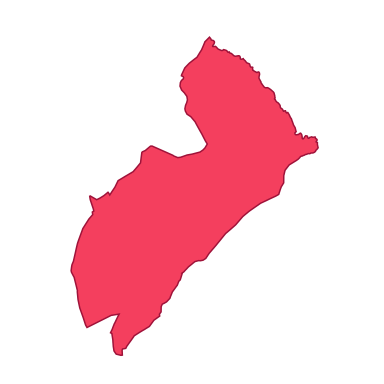 Mazhar, Raymah, Yemen (Albers equal-area conic projection), rotated 261°
{"feature_id": "15242507B74334805972717", "entity_name": "Mazhar", "entity_type": "district", "adm_level": 2, "iso_a3": "YEM", "parent_name": "Yemen", "parent_adm1": "Raymah", "projection": "albers", "projection_center": [43.787, 14.568], "detail": "fine", "context": "isolated", "style": "filled", "palette": "rose", "viewbox_px": 384, "rotation_deg": 261, "n_neighbors": 0, "source": "geoboundaries", "source_scale": "gbopen_adm2", "svg_char_len": 5973}
<svg xmlns="http://www.w3.org/2000/svg" viewBox="0 0 384 384"><g transform="rotate(261 192 192)"><path d="M342.2,233.5L338.3,228.2L338.2,228.2L334.9,226.2L331.1,223.8L330.9,223.7L328.8,221.8L327.6,220.8L324.3,218.0L323.1,215.7L319.7,209.6L318.3,207.7L317.6,206.8L317.1,206.1L315.8,204.5L315.7,204.3L310.3,200.7L309.2,200.0L308.5,199.7L308.4,199.7L307.4,201.3L306.2,201.6L305.0,201.0L304.6,200.1L303.4,198.7L301.8,197.6L298.4,196.7L295.2,197.5L294.5,197.6L291.5,199.7L290.9,200.1L290.0,200.5L287.3,201.9L283.7,201.9L281.0,200.7L278.6,199.2L275.3,198.0L275.2,198.0L272.9,198.1L271.6,198.6L269.7,199.2L269.6,199.3L266.6,202.6L261.6,205.6L261.0,206.0L258.9,206.7L255.0,208.1L250.9,209.6L247.7,210.8L241.0,213.0L240.4,213.2L237.0,214.6L233.5,211.7L231.7,209.3L230.2,206.1L229.5,199.1L229.4,198.1L229.3,192.7L229.2,192.4L228.1,186.2L228.2,183.3L230.4,179.7L231.3,178.8L243.6,159.8L243.8,158.2L243.7,158.0L240.3,152.4L239.4,149.2L238.8,148.6L228.8,145.7L225.7,142.2L224.9,141.3L222.1,138.0L221.3,137.1L217.9,128.5L215.7,123.1L214.8,120.8L208.9,116.7L205.0,113.1L201.9,110.3L204.3,109.4L204.9,109.0L202.2,104.4L200.5,100.4L199.3,96.7L204.0,90.9L203.8,90.3L200.3,90.3L190.7,91.9L188.5,92.0L187.8,90.4L185.2,90.4L183.6,88.5L181.4,85.9L173.0,78.5L161.3,72.0L159.2,70.9L155.6,69.4L149.5,67.0L148.5,66.6L148.0,66.4L142.5,64.2L142.2,64.1L139.8,62.6L138.7,62.0L137.0,61.4L133.2,60.3L131.6,60.4L129.5,61.1L126.8,62.0L125.8,62.4L125.5,62.3L117.4,63.0L112.4,63.4L111.5,63.1L103.5,62.6L95.1,63.0L85.0,64.9L77.3,66.1L74.6,67.1L82.8,92.9L82.8,99.9L82.8,100.9L81.0,99.6L79.3,98.4L74.5,95.1L73.8,94.5L72.5,93.8L71.9,93.4L68.7,91.6L65.7,89.5L64.8,90.7L61.6,90.7L58.4,90.7L55.5,90.4L55.2,90.4L51.7,90.1L51.4,90.1L50.4,90.1L47.2,90.1L45.7,90.8L44.0,91.6L43.7,91.8L41.8,96.3L41.8,97.7L46.6,98.2L47.8,98.8L47.9,102.1L50.0,103.6L50.7,104.4L51.2,104.8L54.3,107.9L54.8,108.4L55.6,109.2L58.5,112.0L59.0,112.4L61.5,118.1L62.9,121.5L63.8,123.9L64.4,125.2L65.0,126.7L65.9,128.9L69.9,132.9L70.3,133.3L71.3,134.3L74.5,140.7L76.4,140.7L78.4,142.7L83.5,143.6L85.9,145.1L86.5,147.2L87.2,149.0L87.4,149.6L89.4,152.2L90.4,153.5L92.3,154.5L93.7,155.4L94.4,155.8L96.1,156.8L96.3,156.9L101.6,162.2L102.1,162.8L105.9,165.0L107.0,166.6L109.4,167.8L112.5,169.3L113.4,169.8L113.5,169.6L113.6,169.8L114.3,171.3L115.1,172.3L116.2,173.6L116.4,174.0L118.4,176.5L118.8,177.1L120.8,180.6L122.0,182.6L122.8,184.0L123.2,187.7L122.8,189.6L122.9,192.2L124.2,195.2L127.3,198.0L128.8,199.4L135.6,207.4L137.6,209.6L139.9,212.2L144.5,217.3L145.8,218.8L146.8,220.5L149.9,225.5L151.8,228.5L152.4,229.4L152.6,229.8L154.2,231.7L159.8,238.3L161.2,240.6L164.1,245.5L164.3,245.9L166.3,250.0L170.1,257.8L170.5,259.1L172.3,265.3L173.1,267.9L174.8,273.9L175.9,276.9L176.1,277.3L180.3,279.4L182.5,280.6L183.3,281.1L186.7,284.0L193.8,285.2L198.9,287.3L202.4,291.0L203.6,292.3L205.5,296.9L206.8,300.0L207.9,302.2L209.2,303.9L210.0,304.7L210.3,305.7L210.3,306.8L210.6,307.3L210.7,308.4L211.3,310.0L211.3,311.1L211.7,312.5L211.7,313.1L211.4,314.3L211.6,315.0L211.9,315.7L211.7,316.9L211.7,317.9L212.1,319.2L212.8,320.3L213.8,320.9L214.5,322.0L215.5,323.1L216.0,323.5L216.3,323.4L216.9,323.4L217.6,323.4L218.6,323.3L219.3,323.3L220.1,323.4L221.2,323.6L221.6,323.1L221.9,322.5L222.3,322.5L222.9,323.0L223.4,323.4L223.7,323.7L224.2,323.7L224.9,323.3L225.2,322.8L225.6,322.4L226.2,322.3L226.7,322.4L227.1,322.2L227.1,321.5L227.1,320.8L227.1,320.2L227.2,319.6L227.6,319.2L227.8,318.5L227.5,317.5L227.5,316.7L227.2,316.4L226.8,315.9L226.8,315.4L227.2,315.0L227.7,314.8L228.4,314.8L228.9,314.8L229.2,314.6L229.6,313.7L229.8,313.1L229.3,312.4L228.8,311.8L227.8,311.1L227.3,310.5L227.1,310.0L227.3,309.5L227.7,309.3L228.4,309.3L229.0,309.4L229.9,309.4L231.1,309.4L231.8,309.2L232.4,308.9L232.9,308.7L233.2,308.2L232.9,307.5L232.6,306.9L232.1,306.0L232.2,305.4L232.2,304.3L232.2,303.7L232.6,303.1L233.4,302.8L234.3,302.9L235.3,304.3L236.2,304.2L236.9,304.1L237.4,304.1L239.5,303.9L242.2,302.8L243.3,302.6L244.0,302.5L244.9,302.3L246.3,302.1L247.0,301.8L247.6,301.8L248.3,301.7L248.8,301.6L250.0,301.0L251.2,300.6L252.0,300.4L252.8,300.2L253.5,299.9L254.3,299.6L255.5,299.1L255.6,298.8L255.5,298.5L255.4,298.2L255.4,297.9L255.4,297.7L255.9,297.4L257.6,297.0L257.7,296.6L257.6,296.3L257.6,295.7L257.4,295.5L257.4,295.1L257.6,294.9L258.4,294.7L259.6,294.3L260.3,293.7L261.0,292.9L261.6,292.6L262.0,292.5L262.6,292.5L263.2,292.6L264.0,292.4L264.9,292.1L265.6,291.6L266.5,291.1L267.0,290.5L267.4,290.0L267.8,289.7L268.8,289.1L269.1,288.9L269.9,288.8L270.4,288.6L270.8,288.1L271.5,288.2L271.7,288.6L272.0,288.8L273.1,288.7L274.2,288.8L277.1,288.5L278.1,288.0L279.8,286.6L280.9,285.7L282.7,283.8L283.3,282.7L283.3,281.9L283.4,281.0L283.6,280.6L284.2,279.8L287.1,278.2L288.1,277.8L289.1,277.3L289.6,277.2L290.2,277.3L291.1,276.9L292.0,276.6L292.9,276.3L293.6,276.0L294.4,276.0L295.0,276.2L295.8,276.4L297.4,277.1L298.3,277.2L299.1,277.2L299.9,276.9L300.2,276.4L300.2,275.9L299.9,275.2L299.9,274.7L300.1,274.3L300.6,273.9L301.0,273.2L301.6,272.4L302.1,272.0L302.6,271.6L302.8,271.1L303.6,271.1L304.1,271.1L304.4,271.1L305.0,271.3L305.4,271.5L305.6,271.5L305.8,271.3L305.9,271.0L306.0,270.4L306.1,269.7L306.5,269.4L306.9,269.2L309.3,268.9L309.7,268.6L310.4,267.4L310.7,266.8L311.2,266.2L311.9,265.8L312.6,265.4L313.1,265.2L313.6,264.8L314.4,264.2L314.9,263.8L315.3,263.6L315.7,263.5L315.4,262.1L315.5,261.2L315.9,260.6L316.5,260.6L316.9,260.7L317.6,260.7L318.5,260.5L319.2,259.8L319.3,259.0L319.3,255.9L320.1,254.6L321.3,253.7L322.3,252.9L323.0,252.1L323.1,251.4L323.7,251.0L324.4,250.8L324.6,250.6L324.3,249.7L324.6,249.2L325.6,248.8L326.5,248.0L327.2,246.6L327.6,245.7L327.7,245.3L327.1,244.7L327.0,243.9L327.2,243.1L327.8,242.2L328.4,241.3L328.8,240.5L329.7,239.7L330.9,239.0L331.8,238.3L332.2,237.9L332.2,236.4L332.4,235.8L332.5,235.2L332.9,235.2L333.6,235.6L334.3,236.4L334.9,236.9L335.6,237.3L336.3,237.6L337.1,237.6L337.8,237.2L338.3,236.7L338.7,235.8L339.0,235.0L339.1,234.8L340.5,234.5L342.2,233.5Z" fill="#f43f5e" stroke="#9f1239" stroke-width="1.5"/></g></svg>